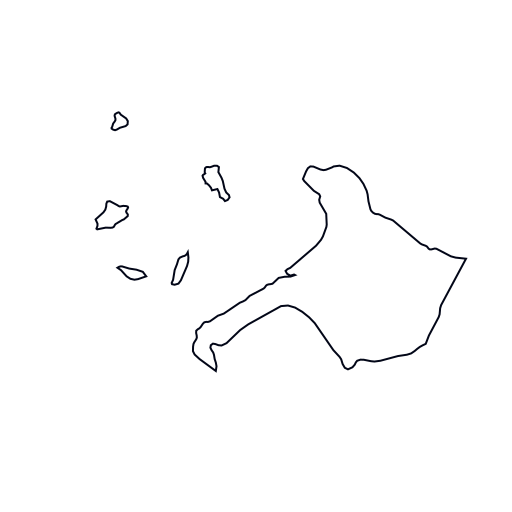 Cagayan, orthographic projection, rotated 298°
{"feature_id": "PHL-2545", "entity_name": "Cagayan", "entity_type": "Province", "adm_level": 1, "iso_a3": "PHL", "parent_name": "Philippines", "parent_adm1": "", "projection": "orthographic", "projection_center": [121.637, 18.548], "detail": "fine", "context": "isolated", "style": "outline", "palette": "ink", "viewbox_px": 512, "rotation_deg": 298, "n_neighbors": 0, "source": "natural_earth", "source_scale": "10m", "svg_char_len": 3469}
<svg xmlns="http://www.w3.org/2000/svg" viewBox="0 0 512 512"><g transform="rotate(298 256 256)"><path d="M142.4,245.0L146.4,243.0L149.0,242.1L150.7,242.0L154.4,242.3L156.1,242.1L157.9,241.0L159.9,239.3L162.0,238.3L164.0,239.0L165.4,239.9L167.3,240.5L171.3,240.9L173.2,241.5L174.4,242.9L175.3,244.6L176.7,246.0L185.4,250.4L190.0,254.6L207.2,263.7L209.7,265.8L212.1,267.4L217.8,269.1L230.8,278.0L232.2,278.5L234.6,278.8L235.7,279.3L236.9,280.5L238.0,282.1L239.3,283.6L247.3,286.3L251.1,291.0L254.0,296.1L257.5,299.4L257.5,298.3L254.8,295.6L254.9,291.8L256.7,289.1L259.2,290.0L261.6,291.8L293.3,304.2L300.8,305.8L304.7,305.9L314.7,304.5L316.9,303.7L326.2,298.2L333.0,287.2L335.3,285.4L338.8,284.7L340.2,282.8L340.7,276.5L344.8,263.4L346.0,261.3L354.2,260.5L357.9,260.6L360.6,261.9L361.9,264.7L362.6,272.2L363.5,275.3L365.0,277.3L369.9,281.5L371.5,282.5L375.0,287.4L376.4,295.0L375.6,303.2L373.3,310.8L370.1,317.0L365.6,323.0L362.8,325.6L357.0,329.7L351.0,335.1L350.0,336.5L349.2,338.9L349.1,341.2L349.6,342.8L350.3,344.2L350.6,345.8L350.6,352.2L351.6,358.2L351.7,360.4L344.2,395.0L344.1,396.9L344.7,401.1L344.6,402.6L343.5,405.0L343.4,406.3L344.1,407.7L346.5,410.3L347.1,411.9L347.2,428.2L348.3,433.0L352.2,442.7L299.6,442.5L296.4,443.1L290.7,445.5L287.8,446.0L267.0,446.0L258.1,447.1L255.4,445.1L252.6,443.3L249.6,441.9L246.6,440.7L242.8,438.7L239.7,435.6L234.3,428.3L221.9,415.0L218.4,410.1L217.1,406.9L215.0,399.9L213.5,396.9L211.0,394.5L208.9,394.1L206.4,394.2L203.0,393.4L199.1,390.4L199.0,386.9L201.3,383.2L204.8,379.7L206.2,377.1L209.2,368.5L224.3,339.4L226.8,331.7L228.4,323.2L228.8,314.7L227.3,307.5L223.5,301.6L192.1,281.3L183.2,276.8L165.2,270.9L160.8,267.6L159.6,264.7L159.2,261.6L158.4,259.1L156.0,258.0L153.6,258.8L152.0,261.0L150.7,263.5L149.0,265.3L145.6,267.9L143.0,270.6L140.1,272.9L135.6,274.5L138.5,254.6L140.2,248.1L142.3,245.1L142.4,245.0ZM235.8,112.6L237.9,115.2L238.2,115.8L238.4,116.4L238.8,117.2L239.2,118.2L239.4,119.6L238.8,120.3L237.4,120.4L235.8,120.2L234.5,120.3L233.5,121.2L233.0,122.4L232.4,123.4L231.0,124.0L226.2,122.1L225.1,121.1L218.3,117.0L217.4,116.8L216.2,116.8L214.8,116.7L213.6,115.8L212.6,114.3L210.5,110.0L205.0,103.3L205.2,102.3L208.1,101.9L210.1,100.9L213.0,97.2L222.9,100.8L226.2,101.2L229.3,100.5L232.0,99.3L234.2,99.1L235.8,101.2L235.8,109.9L235.7,110.6L235.6,111.2L235.8,112.6ZM313.9,174.8L316.1,176.7L317.4,179.3L317.1,181.5L312.4,183.4L308.9,188.8L306.6,191.5L300.6,196.6L298.1,199.9L297.1,203.5L295.4,205.1L292.2,204.7L289.9,202.8L291.1,200.2L291.1,196.5L294.7,193.6L297.0,190.5L293.3,186.3L295.1,184.2L296.4,181.2L297.0,178.6L296.4,177.4L297.8,176.6L300.1,172.7L301.8,171.1L302.8,171.2L304.0,171.9L305.1,172.4L305.5,171.7L306.1,171.3L308.7,170.1L309.6,169.8L311.2,170.4L312.1,171.9L312.7,173.6L313.9,174.8ZM211.6,190.1L216.6,189.1L218.9,189.6L221.3,191.5L222.5,192.8L223.8,193.6L225.4,194.0L227.3,194.0L223.0,197.0L219.1,198.8L214.8,199.8L199.3,201.1L195.2,200.5L192.4,197.6L191.7,195.1L192.6,194.2L196.0,194.0L205.4,190.8L211.6,190.1ZM180.6,139.2L182.1,140.1L183.2,141.2L183.9,142.5L185.4,150.0L187.8,156.9L188.9,163.5L186.5,168.6L180.2,162.7L178.0,159.8L176.9,155.8L177.3,151.3L180.1,143.5L180.6,139.2ZM314.8,64.9L315.7,65.3L317.2,66.2L318.3,67.2L318.4,68.1L317.3,70.3L316.5,76.8L314.9,79.5L311.9,80.8L309.5,79.9L305.4,75.7L302.2,73.7L300.9,72.5L300.5,70.6L300.7,68.7L301.3,68.3L302.4,68.4L305.9,67.7L308.5,68.1L310.0,68.1L311.3,67.4L313.4,65.3L314.8,64.9Z" fill="none" stroke="#020617" stroke-width="2"/></g></svg>